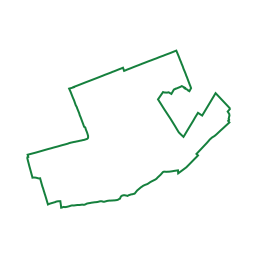 Greaca, Giurgiu, Romania, rotated 352°
{"feature_id": "2599482B7970474716808", "entity_name": "Greaca", "entity_type": "district", "adm_level": 2, "iso_a3": "ROU", "parent_name": "Romania", "parent_adm1": "Giurgiu", "projection": "mercator", "projection_center": [26.317, 44.122], "detail": "fine", "context": "isolated", "style": "outline", "palette": "green", "viewbox_px": 256, "rotation_deg": 352, "n_neighbors": 0, "source": "geoboundaries", "source_scale": "gbopen_adm2", "svg_char_len": 5206}
<svg xmlns="http://www.w3.org/2000/svg" viewBox="0 0 256 256"><g transform="rotate(352 128 128)"><path d="M229.2,136.6L228.8,135.9L228.2,134.9L229.0,134.3L229.2,134.2L229.3,134.1L229.3,133.9L229.3,133.7L229.1,133.4L228.9,133.0L229.1,132.7L229.3,132.2L229.4,131.7L229.6,131.2L229.8,130.7L229.9,130.4L230.1,130.1L230.2,129.8L230.2,129.6L230.2,129.2L230.2,128.7L230.2,128.4L230.2,128.2L229.1,125.8L229.0,125.6L230.4,124.4L231.8,123.1L231.9,122.9L231.8,123.0L230.3,120.8L219.6,105.7L212.6,114.4L203.2,126.0L201.3,124.4L199.4,122.7L196.0,126.8L194.3,129.0L193.7,129.8L190.5,133.7L186.9,138.1L183.6,142.2L182.9,143.1L181.7,144.5L179.2,141.4L177.7,139.4L177.0,137.8L176.1,135.7L174.9,132.8L171.3,124.6L166.6,114.7L165.6,112.5L164.1,109.1L161.7,103.8L162.1,103.4L167.7,97.3L168.1,97.5L169.0,97.9L171.6,98.4L173.2,98.3L175.7,100.3L178.8,96.3L180.0,95.9L180.0,96.0L185.8,94.5L187.1,94.0L190.0,96.1L189.9,96.2L189.6,96.6L192.4,98.5L192.7,99.2L193.9,100.1L196.0,97.3L195.4,94.5L195.1,93.5L194.9,92.4L194.7,91.6L194.5,90.7L194.3,89.9L194.1,88.9L193.9,88.1L193.6,86.6L193.4,85.7L193.0,84.4L192.7,82.8L192.1,80.3L191.4,77.7L191.1,76.5L190.9,75.2L190.4,73.2L189.9,71.4L189.8,70.6L189.0,67.7L188.7,66.3L188.3,64.6L187.9,63.0L187.4,61.1L186.6,58.1L185.3,58.4L180.1,59.7L174.2,61.0L173.2,61.3L172.1,61.5L168.9,62.2L165.8,63.0L163.4,63.5L161.2,64.0L160.4,64.2L158.9,64.5L157.1,64.9L155.0,65.4L153.3,65.8L150.6,66.4L149.6,66.7L148.9,66.8L147.9,67.1L145.6,67.6L142.2,68.4L139.0,69.2L135.5,70.0L133.7,70.5L132.1,70.9L131.8,69.4L131.4,67.6L130.3,67.9L129.2,68.2L127.8,68.5L125.4,69.1L124.6,69.3L123.0,69.7L122.9,69.7L121.8,70.0L120.6,70.2L118.9,70.7L115.4,71.5L112.6,72.1L109.5,72.9L109.4,72.9L108.2,73.2L105.3,73.9L101.0,74.9L96.7,75.9L92.7,76.8L88.1,77.9L83.5,79.0L79.9,79.8L80.0,80.1L77.6,80.5L75.2,80.8L76.2,84.3L77.6,90.2L78.4,93.0L79.4,98.1L80.2,100.2L80.4,101.4L81.3,105.0L81.6,106.1L81.8,107.2L82.0,108.7L82.6,110.8L83.5,115.0L84.2,118.1L84.6,120.2L84.7,120.5L84.8,120.8L85.3,121.1L85.6,121.3L85.8,121.7L85.9,122.6L86.1,123.9L86.7,126.2L86.9,127.2L87.4,130.4L87.2,131.3L87.1,132.1L86.8,132.5L86.5,132.8L86.0,133.1L85.4,133.2L83.8,133.5L82.6,133.7L82.0,133.7L81.4,133.7L80.8,133.8L79.8,133.9L78.8,133.9L76.9,134.1L74.8,134.2L73.9,134.3L73.0,134.3L71.4,134.4L70.4,134.5L68.9,134.6L68.7,134.7L68.0,134.7L66.4,135.1L65.8,135.2L63.5,135.5L60.8,135.8L60.0,135.9L58.6,136.1L55.9,136.5L53.3,136.8L51.6,137.0L48.9,137.4L46.2,137.7L44.0,138.0L42.6,138.2L36.3,139.1L33.5,139.5L24.9,140.5L25.1,141.6L25.2,142.8L24.4,142.9L24.1,143.7L24.3,146.0L24.7,149.4L25.0,152.1L25.4,155.1L25.8,158.3L26.2,161.5L26.5,163.7L26.5,163.9L27.0,163.9L27.8,163.9L29.7,164.3L30.7,164.7L31.8,165.2L32.5,165.5L34.0,165.6L34.0,165.9L34.0,166.0L34.0,166.3L34.1,166.7L34.2,167.2L34.2,167.7L34.3,168.1L34.4,169.0L34.5,169.5L34.5,169.8L34.5,170.0L34.6,170.3L34.6,170.8L34.7,171.3L34.8,171.6L34.8,171.8L34.8,172.2L34.9,172.7L35.0,173.2L35.0,173.6L35.1,173.8L35.1,174.2L35.2,174.7L35.4,175.4L35.5,176.0L35.6,176.6L35.6,176.8L35.7,177.4L35.8,177.9L35.8,178.0L35.9,178.5L35.9,179.0L36.0,179.4L36.1,179.8L36.2,180.3L36.2,180.7L36.3,181.0L36.3,181.3L36.6,182.8L37.1,186.0L37.8,190.7L38.1,192.6L38.7,192.4L39.0,192.3L39.8,192.1L42.3,191.7L45.9,191.2L46.2,191.0L46.8,190.9L47.8,190.8L49.8,190.9L50.4,191.0L50.7,191.1L50.8,191.1L50.8,192.9L50.8,196.2L50.7,197.6L51.3,197.6L51.9,197.5L52.5,197.3L53.2,197.2L53.4,197.2L54.2,197.5L54.8,197.6L55.6,197.6L57.3,197.5L58.0,197.4L58.9,197.3L60.5,197.0L61.2,196.9L62.0,196.9L63.5,197.2L65.2,197.2L66.3,197.2L66.9,197.2L68.5,197.4L69.1,197.5L69.9,197.5L70.8,197.5L71.7,197.5L72.0,197.5L73.1,197.8L73.6,197.9L74.1,197.9L74.8,197.8L75.5,197.6L76.2,197.3L77.0,197.1L78.6,197.0L79.4,197.0L80.2,197.0L81.1,196.9L81.9,196.9L83.5,196.9L85.2,196.9L86.0,197.0L86.9,197.0L87.5,197.0L88.5,196.9L89.2,196.8L90.0,196.7L90.6,196.7L91.2,196.8L91.8,196.9L92.3,197.1L93.0,197.5L93.4,197.6L94.1,197.7L94.5,197.7L95.0,197.6L95.9,197.5L96.5,197.4L97.3,197.3L98.2,197.3L99.3,197.3L100.3,197.4L101.1,197.5L102.2,197.6L103.9,197.7L104.7,197.8L105.3,197.8L106.3,197.8L107.1,197.8L107.7,197.7L108.2,197.6L108.9,197.3L109.7,196.9L110.3,196.8L110.5,196.3L110.9,195.7L111.2,195.2L111.8,194.6L112.5,194.3L112.9,194.1L114.2,194.0L114.8,194.0L115.2,194.1L115.8,194.3L116.4,194.5L117.5,194.9L118.1,195.2L119.2,194.7L120.3,194.5L121.8,194.2L123.4,194.2L124.3,194.0L125.1,194.0L125.6,193.8L126.6,192.8L127.9,191.6L128.3,191.2L129.9,190.2L131.8,189.0L132.6,188.5L134.1,187.8L134.8,187.4L135.3,187.2L137.0,186.7L137.9,186.5L138.5,186.4L139.3,186.2L140.1,185.9L141.5,185.2L142.3,184.8L142.5,184.7L143.8,184.2L146.5,183.3L147.7,182.9L148.6,182.5L149.3,182.1L150.6,181.0L151.7,180.3L152.6,179.6L153.3,179.2L154.5,178.2L156.0,176.9L156.3,176.6L157.2,176.3L157.9,176.3L158.4,176.4L159.0,176.5L159.7,176.7L160.8,176.8L163.0,177.0L164.2,177.0L165.7,177.0L168.0,176.9L171.6,176.9L171.6,177.1L171.5,178.8L171.4,179.3L171.4,179.7L171.4,179.9L172.3,179.4L173.6,178.7L177.1,176.8L180.2,175.1L180.4,175.0L181.0,174.5L182.6,173.3L185.6,171.0L189.6,167.9L191.2,166.7L192.4,165.8L193.5,164.9L192.9,164.1L192.2,163.2L204.2,153.6L206.6,151.5L207.2,150.9L209.9,149.1L212.5,148.0L214.6,146.7L219.7,143.1L221.2,142.1L229.2,136.6Z" fill="none" stroke="#15803d" stroke-width="2"/></g></svg>